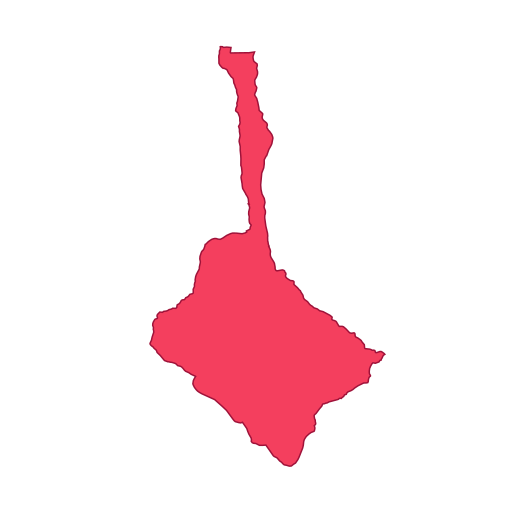 Cumanda, Chimborazo, Ecuador, rotated 83°
{"feature_id": "8360857B2358017472723", "entity_name": "Cumanda", "entity_type": "district", "adm_level": 2, "iso_a3": "ECU", "parent_name": "Ecuador", "parent_adm1": "Chimborazo", "projection": "orthographic", "projection_center": [-79.101, -2.211], "detail": "fine", "context": "isolated", "style": "filled", "palette": "rose", "viewbox_px": 512, "rotation_deg": 83, "n_neighbors": 0, "source": "geoboundaries", "source_scale": "gbopen_adm2", "svg_char_len": 6103}
<svg xmlns="http://www.w3.org/2000/svg" viewBox="0 0 512 512"><g transform="rotate(83 256 256)"><path d="M369.3,140.1L368.4,140.7L366.6,142.6L366.0,143.5L365.9,144.7L366.5,147.5L366.6,148.7L366.1,149.2L364.8,149.4L364.2,149.7L363.8,150.7L363.7,152.1L362.8,153.4L362.3,154.5L361.3,158.8L361.0,159.2L360.5,159.4L357.2,159.3L354.1,161.3L352.7,161.9L351.7,162.8L349.7,165.0L348.8,166.5L348.3,167.0L347.5,167.3L345.1,167.3L344.5,167.6L344.2,168.1L344.3,170.6L343.9,171.9L343.4,172.6L339.3,175.6L336.9,177.8L336.3,179.1L336.0,181.9L335.2,182.5L331.2,184.2L330.5,184.7L329.7,185.9L329.0,187.6L328.3,188.4L327.7,188.4L326.1,187.9L325.6,188.1L323.8,189.9L319.4,196.2L318.1,199.5L316.0,201.6L314.5,204.8L312.7,206.3L311.7,207.6L310.5,208.7L307.6,210.4L305.1,213.1L303.6,213.9L300.6,214.2L297.3,215.8L295.9,216.2L295.0,217.1L292.5,218.7L289.4,221.4L288.8,221.8L286.3,221.4L285.9,221.6L285.5,221.8L285.0,222.8L284.5,224.9L282.0,227.9L280.8,228.8L280.1,229.1L279.0,229.1L277.7,228.5L276.6,228.5L275.6,229.2L274.2,229.5L273.5,230.3L273.0,231.6L273.3,236.8L273.1,237.5L272.6,238.1L271.0,238.6L269.3,238.4L265.5,238.6L263.8,239.2L259.5,241.2L258.0,241.6L256.9,241.7L255.4,241.6L253.5,241.1L251.9,241.1L250.5,241.4L248.0,242.2L247.8,241.8L246.2,242.3L243.2,242.4L243.0,242.6L238.7,242.2L237.6,241.9L234.8,241.8L227.4,242.6L219.1,242.7L216.7,242.3L215.2,241.6L213.7,241.3L212.2,241.2L209.4,241.9L208.0,242.0L204.1,240.6L203.2,240.6L199.9,240.8L195.2,242.5L190.7,242.9L186.0,242.7L174.4,240.2L169.5,237.6L165.6,236.6L161.5,236.1L158.0,233.7L157.8,233.2L151.9,230.3L148.3,227.7L146.5,226.6L141.2,224.9L140.1,224.9L137.4,225.5L133.8,227.4L132.8,228.3L130.3,229.4L129.5,229.6L127.5,228.8L126.7,228.8L125.8,229.0L125.1,229.4L122.2,232.1L120.6,232.9L118.9,233.0L116.4,232.1L115.7,232.0L115.1,232.3L111.9,235.1L108.8,235.1L103.7,235.5L99.6,236.1L96.7,237.5L95.9,237.7L94.9,237.4L93.3,236.6L92.4,235.9L89.1,234.7L88.2,234.9L86.6,235.7L85.4,236.0L82.0,235.9L80.9,235.6L78.6,233.8L76.9,232.9L75.5,232.3L74.4,232.1L73.1,232.0L70.3,232.5L69.6,232.5L67.1,231.5L65.5,231.5L62.8,234.2L62.2,234.5L60.8,234.7L59.1,234.8L57.8,234.7L56.5,234.2L53.3,232.6L53.4,238.9L53.2,239.8L51.4,256.3L51.2,256.6L50.8,256.7L46.0,255.4L45.1,259.5L45.0,262.7L44.6,263.4L44.2,263.7L43.8,265.8L43.3,266.0L45.4,266.0L46.6,266.4L48.0,267.3L51.0,267.7L52.4,268.4L54.0,268.7L55.8,268.8L60.2,269.3L62.1,268.6L64.6,266.9L65.7,265.8L65.9,264.7L67.0,262.9L67.9,262.0L71.0,261.0L74.9,258.9L77.0,257.1L78.4,256.9L81.6,256.9L83.8,256.2L86.2,255.8L88.5,255.0L90.2,255.2L92.0,255.1L94.1,254.7L94.9,254.4L95.9,254.3L100.1,255.5L101.9,256.4L104.4,256.4L107.1,257.9L109.1,258.5L109.8,258.3L111.6,256.5L115.7,255.4L117.0,255.3L119.5,255.6L121.6,255.5L123.3,256.1L125.2,257.5L127.9,257.0L129.2,257.1L130.4,257.3L134.3,257.1L135.7,257.4L138.5,258.4L140.3,258.8L145.3,258.3L149.1,258.8L154.7,258.9L157.6,259.1L164.3,260.0L165.8,259.6L168.0,259.6L171.7,259.7L172.9,259.9L174.7,260.9L176.4,261.3L182.7,261.0L184.6,261.1L187.4,261.0L192.8,258.7L193.4,258.6L196.1,257.3L198.2,256.7L201.8,256.8L202.7,256.8L203.6,256.5L203.5,257.3L204.4,256.8L206.9,256.4L208.0,256.6L211.1,257.8L213.5,258.2L216.3,257.9L218.7,258.4L220.7,258.5L221.6,258.4L221.4,259.0L221.7,258.4L222.9,258.2L224.5,257.1L224.9,257.1L226.7,258.2L228.3,258.6L228.8,259.0L230.0,262.5L231.2,262.4L231.8,264.0L232.2,267.1L230.9,272.8L230.4,276.4L230.7,278.5L232.0,282.6L234.2,286.9L235.1,289.5L234.6,291.7L233.8,293.4L233.6,294.9L233.7,296.2L234.1,298.0L235.9,301.5L238.1,304.3L238.3,305.0L240.3,305.7L242.7,306.9L244.0,308.1L244.5,308.9L245.5,309.7L249.5,311.6L251.9,312.1L252.9,312.1L254.5,311.9L255.9,312.1L259.8,313.5L262.0,313.9L266.9,317.3L269.1,318.4L272.5,319.4L273.4,319.2L275.5,320.2L277.1,320.7L278.1,320.7L279.0,320.9L281.3,322.4L284.6,322.7L285.4,323.1L285.7,323.9L286.0,326.3L287.8,328.1L288.3,329.0L288.8,330.8L289.9,331.6L290.6,332.5L290.6,334.6L291.1,335.6L293.1,337.0L294.2,338.4L294.8,340.1L296.1,340.6L297.4,340.9L298.2,342.0L297.7,345.0L298.4,346.5L298.6,348.8L299.3,350.1L299.7,351.7L299.7,354.4L300.5,355.7L299.9,358.3L301.5,360.3L301.5,360.9L301.6,360.7L301.9,360.8L302.6,361.3L303.5,361.6L305.0,361.3L305.7,361.4L306.0,361.9L306.4,363.7L306.6,364.1L308.6,365.7L310.3,366.6L312.2,367.0L314.4,366.5L316.4,366.9L317.5,366.7L319.2,366.8L323.9,369.0L326.8,370.0L329.4,371.6L330.2,371.9L330.9,371.7L331.5,371.4L332.7,370.4L333.8,369.2L335.2,368.4L337.3,366.5L337.8,366.3L339.7,365.9L343.1,363.1L348.6,359.6L350.3,356.3L350.4,355.4L350.9,354.2L351.3,352.5L352.7,349.4L353.7,348.2L355.2,347.2L356.3,344.3L357.1,343.3L358.8,342.0L360.7,340.9L361.9,339.8L363.6,336.9L365.5,334.8L368.1,330.6L370.5,332.4L372.1,333.4L375.0,334.2L376.0,334.1L378.9,333.1L381.3,331.7L382.9,330.5L384.3,329.0L386.1,326.6L393.5,314.5L400.9,308.0L405.6,304.1L415.1,298.8L417.0,297.6L417.9,296.7L419.3,293.3L419.8,291.5L419.4,289.7L426.0,286.2L429.3,285.5L431.8,284.8L436.1,283.0L437.8,282.9L439.4,283.3L440.8,282.5L441.5,281.4L442.1,279.0L444.3,275.7L444.7,272.9L444.9,269.2L456.3,263.2L457.2,262.4L458.5,260.3L459.1,259.6L462.3,257.5L463.9,255.7L465.4,254.7L466.5,253.7L466.8,253.2L467.4,251.3L468.5,248.8L468.7,248.0L468.7,246.4L467.3,244.2L466.3,242.0L463.1,239.2L461.1,237.9L452.3,233.1L449.6,232.1L446.5,231.4L445.0,230.9L443.6,230.1L441.8,228.6L441.0,227.8L439.1,225.1L437.9,222.9L437.1,219.8L436.7,219.4L434.8,218.7L433.8,218.5L431.4,218.8L430.5,217.5L429.3,217.1L427.8,217.3L426.0,217.2L424.6,217.7L421.9,217.8L421.1,217.6L420.3,216.7L419.7,215.7L415.8,212.0L412.9,208.9L411.2,208.0L410.9,206.8L411.0,205.9L410.6,205.0L410.5,203.3L409.7,201.3L408.4,192.2L408.2,191.5L407.5,190.7L407.5,189.6L407.8,188.7L406.9,187.7L406.1,186.1L404.6,185.1L404.3,183.3L403.1,182.6L402.3,181.7L401.8,180.4L401.3,178.3L400.4,176.2L399.0,174.1L397.2,170.5L395.2,164.7L395.4,161.9L395.3,160.5L394.3,159.9L392.5,159.5L390.5,158.7L389.8,158.1L389.2,157.1L388.8,157.0L388.3,157.0L387.3,157.6L386.1,157.8L384.1,157.6L381.4,156.9L379.0,155.5L377.1,154.0L376.6,153.5L376.3,152.9L377.0,150.6L376.1,146.8L374.8,145.8L374.6,144.5L373.4,144.0L372.4,143.1L371.1,142.5L369.8,141.2L369.3,140.1Z" fill="#f43f5e" stroke="#9f1239" stroke-width="1.5"/></g></svg>